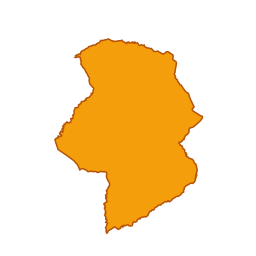 the district of Areza, Debub, Eritrea, rotated 336°
{"feature_id": "51966322B88449484299376", "entity_name": "Areza", "entity_type": "district", "adm_level": 2, "iso_a3": "ERI", "parent_name": "Eritrea", "parent_adm1": "Debub", "projection": "orthographic", "projection_center": [38.502, 14.876], "detail": "fine", "context": "isolated", "style": "filled", "palette": "amber", "viewbox_px": 256, "rotation_deg": 336, "n_neighbors": 0, "source": "geoboundaries", "source_scale": "gbopen_adm2", "svg_char_len": 5766}
<svg xmlns="http://www.w3.org/2000/svg" viewBox="0 0 256 256"><g transform="rotate(336 128 128)"><path d="M198.7,79.5L197.4,77.3L196.9,76.8L196.7,75.9L196.1,75.6L195.9,75.0L195.2,74.3L193.7,74.0L192.1,74.7L190.2,74.8L188.5,72.9L188.2,72.2L187.5,71.6L186.7,70.0L186.0,69.7L184.6,69.6L183.0,68.6L182.5,68.0L182.3,66.6L181.6,64.8L180.3,64.2L178.9,63.0L178.0,62.6L177.3,61.5L176.6,60.9L176.1,60.0L176.6,58.9L175.2,58.5L174.0,57.3L172.5,57.5L171.7,57.0L171.3,54.1L169.5,53.6L169.4,52.5L169.1,52.1L168.5,52.0L168.3,52.8L167.9,52.9L166.9,52.1L166.8,51.2L165.7,51.5L164.1,51.0L163.8,50.6L163.8,49.9L163.6,49.7L163.0,49.9L162.7,49.9L162.4,49.4L161.6,49.4L161.2,49.6L161.0,50.1L160.1,49.2L159.8,48.3L158.6,47.0L158.3,45.5L157.9,45.3L156.3,45.2L155.7,44.8L153.3,44.1L152.0,43.9L150.7,43.1L150.1,43.2L149.6,42.8L149.3,42.0L148.6,41.7L146.4,38.7L143.7,38.4L142.4,38.0L140.1,37.8L139.4,37.1L138.7,37.0L136.6,38.3L135.1,38.2L134.0,38.4L133.4,38.2L132.3,39.0L130.5,38.4L130.0,38.0L129.4,38.2L128.5,38.0L127.6,38.3L126.8,37.9L125.3,37.7L123.9,38.5L122.5,38.4L119.8,38.9L117.0,38.9L115.7,39.6L114.3,41.4L113.4,40.4L112.1,41.0L111.6,40.8L111.4,40.4L110.8,40.6L109.6,40.5L109.2,41.6L108.4,41.9L109.3,42.6L110.6,42.5L111.7,43.1L112.6,43.3L113.2,44.7L112.4,45.8L112.5,47.0L112.2,47.7L112.2,48.4L110.9,50.6L111.5,53.1L111.3,54.1L112.4,56.5L112.3,59.8L112.7,61.1L112.8,65.2L113.1,66.4L112.8,67.3L112.1,68.1L111.5,69.6L111.1,72.1L111.4,73.8L111.9,74.7L111.9,75.5L112.8,77.4L112.7,77.9L112.6,78.4L111.6,79.1L110.8,80.8L109.4,82.0L108.6,81.4L108.3,81.6L108.2,82.8L107.0,83.1L105.5,84.1L101.7,83.9L101.3,84.7L100.8,84.8L100.8,85.0L101.1,85.3L100.9,85.6L99.9,85.2L99.0,85.6L98.1,85.6L97.2,85.1L96.3,85.0L95.6,85.4L95.0,86.6L94.6,86.7L93.6,86.5L93.1,86.9L92.3,86.7L92.0,87.5L90.8,88.9L90.1,88.6L88.9,88.5L88.0,88.0L87.8,88.1L87.5,88.8L85.7,90.2L84.8,92.8L83.8,93.7L82.9,93.7L82.6,94.0L82.5,95.2L81.6,96.6L81.1,97.0L80.1,96.4L80.0,96.1L79.4,96.3L79.2,98.0L77.9,99.4L77.5,99.5L76.6,99.0L75.0,98.8L74.7,97.6L74.1,98.0L72.5,98.2L71.9,99.1L71.0,98.7L70.0,100.4L69.4,99.7L69.1,99.8L69.0,101.0L69.3,101.7L69.0,102.1L67.5,102.0L67.1,102.3L67.0,103.0L67.7,103.5L67.1,105.0L66.3,105.1L65.9,104.7L65.5,103.8L65.1,103.7L64.7,104.0L64.1,104.8L63.3,105.0L63.2,106.2L64.4,107.3L64.5,107.7L64.3,107.9L63.1,108.4L62.0,107.9L61.4,107.2L60.7,107.0L60.6,108.0L60.1,108.6L59.6,108.1L59.1,108.1L58.4,108.6L57.6,108.3L56.4,109.2L55.4,119.2L61.1,128.5L65.4,136.1L67.0,141.5L66.9,146.7L67.5,146.7L68.9,146.2L70.1,146.7L72.7,149.4L73.3,151.0L73.8,151.7L76.1,152.3L77.3,152.8L78.1,153.6L80.5,154.4L82.2,156.3L83.7,156.6L85.0,156.4L85.7,156.6L86.1,157.2L89.4,158.7L90.2,160.0L90.0,161.1L88.5,163.5L88.3,166.9L88.6,170.7L88.2,172.4L87.3,173.2L87.0,173.8L85.9,174.0L85.0,175.2L82.6,176.6L82.9,177.9L82.0,179.3L82.0,179.7L81.8,179.9L80.3,180.1L80.0,180.8L80.0,181.5L80.6,182.2L79.4,182.5L79.1,182.8L79.1,183.1L79.6,183.3L79.7,183.5L79.1,184.1L79.1,185.8L78.8,186.2L78.8,186.9L77.3,186.9L75.1,187.4L75.1,187.6L75.8,188.1L75.0,189.0L75.3,189.5L75.1,189.9L75.2,190.8L75.1,191.1L74.0,191.4L73.9,191.6L74.1,192.0L73.7,192.5L73.9,193.0L73.6,195.3L73.1,196.1L72.8,196.1L72.9,196.8L72.5,197.0L72.5,197.6L71.7,197.7L71.2,198.6L71.7,200.2L71.0,201.2L70.6,202.5L71.5,202.9L71.4,203.4L70.6,204.2L69.3,205.0L69.2,205.2L70.0,205.6L70.5,206.3L70.6,206.7L69.3,207.7L68.5,208.9L67.1,209.7L66.9,210.8L67.1,211.5L66.3,212.6L66.4,213.2L66.0,213.6L65.7,215.3L66.4,215.4L66.8,215.3L68.1,213.9L70.4,213.6L71.7,213.6L75.1,212.9L76.1,213.3L76.3,214.1L76.9,214.9L77.3,216.0L77.9,216.7L79.6,216.6L80.1,216.2L80.5,216.5L80.9,215.7L81.8,215.3L82.4,215.3L82.8,216.3L83.8,216.2L84.0,216.0L83.9,215.2L84.5,215.2L86.2,216.3L87.3,216.1L88.2,216.2L88.7,216.6L89.0,217.6L90.9,218.8L91.8,219.0L93.1,217.9L94.2,216.2L94.6,216.0L96.2,216.9L97.1,217.1L98.0,216.8L98.5,216.2L100.6,215.2L101.0,215.1L102.0,215.9L102.8,215.2L103.4,215.1L104.8,215.4L105.7,215.4L106.7,215.8L107.5,215.9L108.0,216.4L108.8,216.5L110.9,215.7L113.6,213.3L114.2,213.2L115.2,213.4L115.7,213.0L117.0,212.6L117.8,213.3L118.2,213.3L120.4,211.7L123.0,211.6L124.0,210.9L125.4,211.1L126.2,211.6L126.6,211.7L127.5,211.0L129.5,211.0L130.8,210.4L132.0,210.4L132.4,210.5L133.1,211.3L133.7,211.3L134.8,210.8L135.2,210.9L135.5,212.1L136.0,212.3L139.0,211.5L140.3,210.8L143.3,210.5L144.4,210.2L145.9,210.8L147.5,210.7L149.2,210.3L151.2,209.1L152.7,209.2L153.1,208.6L153.4,207.4L154.7,206.5L155.1,205.4L156.1,205.0L158.0,204.3L161.0,204.2L161.8,203.9L163.3,204.1L164.4,204.9L165.0,204.9L165.9,204.5L166.6,204.5L168.5,202.8L168.7,201.8L169.7,201.3L169.6,200.4L170.6,200.2L170.5,199.3L171.7,199.0L171.2,198.3L171.3,197.6L172.5,197.1L173.1,195.8L173.8,195.2L174.5,193.3L174.6,191.7L175.1,190.9L175.0,189.8L175.4,188.7L174.5,187.5L174.6,184.8L174.1,182.8L171.5,180.3L170.8,178.6L169.8,177.8L169.8,177.2L170.7,176.6L169.9,175.8L170.0,175.6L170.7,175.6L171.0,175.1L170.9,174.3L170.2,173.8L170.1,173.4L170.3,172.1L170.9,171.1L170.5,170.1L169.8,169.7L170.1,166.7L169.8,166.0L168.7,165.0L168.8,164.1L168.3,162.3L168.8,161.9L169.3,161.9L170.2,162.4L170.8,162.0L171.9,162.2L173.1,161.2L174.5,161.3L174.8,161.1L174.9,160.2L176.1,159.7L177.1,158.5L178.4,158.0L179.6,158.1L181.9,156.7L183.6,153.4L185.4,153.2L186.9,153.6L188.5,153.5L191.7,152.6L196.3,151.1L198.3,150.2L200.1,149.0L200.6,148.1L200.5,147.4L199.2,146.2L194.3,138.8L194.1,138.1L194.1,137.3L194.5,136.7L195.7,136.4L196.1,135.8L196.8,135.7L197.0,135.4L196.7,128.0L196.8,124.6L197.3,121.2L197.0,120.5L196.0,119.3L195.2,117.3L193.9,110.2L192.9,109.6L193.0,108.5L192.8,108.0L192.9,107.3L192.3,105.6L192.7,104.3L191.5,101.4L192.4,100.3L192.2,97.5L193.8,96.1L194.0,95.7L194.1,94.9L195.0,93.9L198.3,89.1L198.7,88.2L198.8,87.5L198.7,86.6L197.0,84.2L196.9,83.7L197.1,82.8L198.4,81.0L198.7,80.2L198.7,79.5Z" fill="#f59e0b" stroke="#b45309" stroke-width="1.5"/></g></svg>